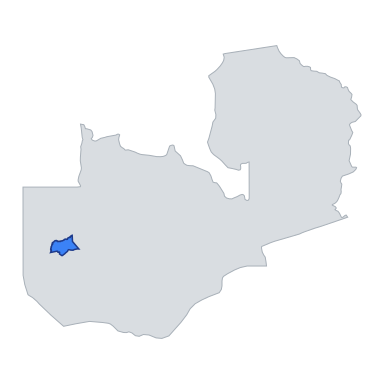 location of Limulunga, Western, Zambia
{"feature_id": "96606910B48739682467937", "entity_name": "Limulunga", "entity_type": "district", "adm_level": 2, "iso_a3": "ZMB", "parent_name": "Zambia", "parent_adm1": "Western", "projection": "mercator", "projection_center": [23.382, -14.96], "detail": "fine", "context": "in_parent", "style": "filled", "palette": "blue", "viewbox_px": 384, "rotation_deg": 0, "n_neighbors": 0, "source": "geoboundaries", "source_scale": "gbopen_adm2", "svg_char_len": 5960}
<svg xmlns="http://www.w3.org/2000/svg" viewBox="0 0 384 384"><path d="M266.5,266.0L247.2,266.0L240.2,267.6L234.5,270.0L227.6,273.7L223.6,276.3L222.5,277.8L222.0,281.0L222.0,285.9L221.3,289.5L219.2,292.7L208.8,296.7L201.9,299.9L195.2,303.7L190.2,308.7L186.7,314.8L180.9,322.4L168.9,335.9L161.9,338.4L156.1,337.9L149.0,335.0L143.4,334.5L139.2,336.3L135.4,335.7L131.9,332.9L128.9,331.8L126.5,332.6L123.5,332.5L117.9,330.9L113.1,326.1L110.5,324.1L108.5,323.3L102.7,322.5L89.5,321.4L75.7,323.8L63.6,326.3L51.3,315.5L39.4,304.1L36.9,301.3L32.5,297.5L29.3,295.6L28.0,294.7L24.8,284.6L23.1,275.3L23.0,187.1L77.0,187.1L80.4,186.7L80.6,185.8L78.1,181.1L78.2,179.4L78.9,176.2L81.2,169.9L81.4,167.8L80.3,160.9L80.4,157.1L81.0,149.3L80.7,146.7L81.9,143.2L82.3,140.8L82.9,139.8L82.2,137.2L81.2,128.0L80.5,124.1L83.8,124.7L84.8,126.6L85.4,128.7L86.9,128.8L90.8,130.0L92.1,131.7L93.0,135.4L92.4,137.3L91.2,138.8L92.4,140.2L95.0,141.1L96.5,140.8L100.8,138.3L104.8,137.4L106.9,136.7L115.8,135.1L117.5,134.2L118.8,134.2L119.7,134.9L118.9,137.5L118.6,139.8L119.7,144.2L120.5,146.3L122.4,147.8L123.7,148.5L125.2,150.1L128.3,149.8L135.2,152.1L137.2,153.1L140.1,154.2L142.1,154.6L149.2,155.3L156.6,156.6L160.5,156.7L163.2,156.4L165.1,155.7L166.3,155.0L166.8,154.4L169.6,146.1L171.0,145.4L172.9,145.0L174.0,145.7L175.2,151.0L180.5,155.8L182.4,159.8L183.7,163.2L184.9,164.1L186.9,165.3L190.2,165.7L193.1,165.8L207.5,171.7L209.1,172.7L210.9,175.9L212.0,179.4L213.1,182.2L215.0,182.7L216.7,182.9L218.3,184.8L219.6,186.5L223.9,193.4L224.5,196.2L226.5,198.0L229.4,198.8L232.0,198.9L233.5,198.1L237.2,196.6L240.1,195.0L242.2,194.4L243.4,194.8L244.4,195.9L245.0,199.4L247.0,200.5L248.5,200.1L249.1,198.7L249.2,198.0L249.1,162.0L247.8,162.3L246.1,163.3L242.3,163.4L240.8,164.2L240.4,165.3L240.7,166.8L240.7,168.8L240.2,169.8L238.5,170.2L236.1,169.4L231.7,168.4L228.0,167.7L225.4,165.0L221.8,161.0L219.5,158.9L213.8,154.7L212.9,153.8L211.2,151.9L209.7,148.5L208.3,144.6L207.5,142.1L208.9,138.3L212.2,125.9L212.9,122.1L215.7,118.2L215.9,114.6L214.8,110.2L215.1,107.7L215.4,93.5L214.7,89.0L212.8,84.1L208.8,77.2L208.8,75.7L215.0,71.3L216.9,69.6L220.2,66.0L222.4,62.9L223.7,60.4L224.2,57.2L223.2,54.1L225.3,53.5L276.8,45.6L277.5,47.7L279.1,51.2L280.9,53.7L283.1,56.0L284.9,57.4L286.2,57.8L294.1,57.6L297.0,59.0L299.4,60.8L300.1,63.5L301.7,65.1L303.5,66.5L304.2,66.6L305.5,66.3L307.6,66.3L309.6,66.9L310.5,67.5L310.6,69.7L311.2,70.7L313.9,71.1L316.7,71.3L319.3,72.8L322.1,73.1L325.4,73.7L327.0,75.4L330.5,77.1L334.8,78.6L339.5,81.1L339.6,81.9L340.4,83.3L341.2,84.4L341.3,86.0L341.7,87.4L342.9,87.8L343.9,87.9L344.8,86.8L346.1,86.8L347.5,87.5L348.0,89.2L349.1,91.4L350.8,93.0L352.0,94.4L351.6,97.1L350.8,99.6L353.2,102.0L356.3,104.3L357.1,105.4L357.4,108.8L357.8,110.0L359.9,112.8L361.0,114.7L360.9,115.8L355.3,121.5L351.8,122.4L350.3,123.5L349.4,124.8L351.6,130.4L352.8,132.5L351.8,135.2L349.6,139.8L348.6,140.2L348.4,143.7L349.1,144.9L350.2,145.9L350.6,148.3L350.5,154.1L349.1,160.7L351.7,166.5L352.5,167.2L356.0,167.2L356.6,167.7L355.8,169.4L353.3,171.9L348.9,173.9L342.4,176.1L341.1,178.2L340.3,181.2L341.0,183.0L341.8,184.1L341.5,186.7L341.0,189.5L341.2,191.8L340.9,193.7L340.0,194.7L338.9,197.6L337.5,200.6L336.4,202.0L334.8,203.4L332.3,204.6L332.3,205.2L335.2,206.6L336.0,207.5L336.2,208.2L335.0,209.7L336.4,210.6L338.0,211.3L339.5,213.3L341.3,217.1L341.6,217.4L342.1,217.5L343.1,217.1L344.8,215.6L346.1,215.0L347.7,217.2L320.8,226.4L314.5,228.3L305.1,231.6L302.0,232.8L299.5,234.0L274.5,241.3L270.6,242.7L261.8,246.4L261.5,247.0L261.6,248.7L262.3,252.2L263.9,255.3L265.2,257.1L266.0,261.8L266.5,266.0Z" fill="#d9dde1" stroke="#a8b0b8" stroke-width="1"/><path d="M50.6,252.5L56.8,251.2L57.6,251.3L57.9,252.2L58.2,252.3L59.3,252.1L59.5,252.1L59.6,252.3L59.5,254.0L60.1,254.4L61.8,255.6L62.2,255.6L62.7,255.4L63.5,254.6L64.5,254.0L65.5,253.0L65.7,252.8L67.3,251.5L67.6,251.2L68.0,250.2L68.4,249.8L68.6,249.7L69.6,249.8L70.8,250.1L73.1,250.2L74.4,249.5L74.5,249.5L75.9,249.2L77.3,248.9L78.7,249.0L78.9,249.0L72.5,241.5L72.2,235.3L71.9,235.4L71.9,235.5L71.7,235.6L71.4,235.7L71.4,235.8L71.3,236.0L71.2,236.0L70.9,236.1L70.9,236.3L70.7,236.3L70.6,236.5L70.5,236.4L70.4,236.5L70.2,236.7L70.1,236.8L70.0,237.0L69.9,237.0L69.7,237.0L69.4,237.3L69.5,237.4L69.4,237.4L69.3,237.5L69.2,237.6L68.9,237.7L68.7,237.6L68.4,237.7L68.2,237.8L68.0,238.0L67.9,238.2L67.8,238.3L67.7,238.3L67.6,238.5L67.6,238.8L67.5,239.0L67.4,239.0L67.2,239.2L67.2,239.3L66.9,239.3L66.6,239.4L66.3,239.3L66.2,239.2L65.9,239.0L65.7,239.1L65.1,239.3L64.8,239.4L64.7,239.3L64.4,239.4L64.3,239.5L64.1,239.7L64.0,239.8L64.0,240.0L63.9,240.0L63.5,240.2L63.4,240.3L62.9,240.6L62.6,240.7L62.4,240.7L62.2,240.9L61.9,241.0L61.7,241.0L61.5,240.9L61.2,240.9L61.0,241.0L60.9,241.1L60.7,241.1L60.4,241.1L60.4,241.3L60.5,241.3L60.4,241.4L60.3,241.5L60.1,241.4L60.1,241.2L59.9,241.2L59.8,241.3L59.7,241.3L59.4,241.4L59.2,241.5L59.0,241.4L58.9,241.4L58.7,241.3L58.4,241.5L58.2,241.5L57.8,241.5L57.8,241.4L57.7,241.2L57.4,241.1L57.3,240.9L57.2,240.9L56.9,240.9L56.9,240.7L57.0,240.6L57.1,240.4L57.0,240.5L56.9,240.5L56.7,240.5L56.4,240.6L56.2,240.6L55.9,240.7L55.7,240.6L55.3,240.6L55.2,240.6L55.0,240.8L54.9,240.8L54.8,241.0L54.7,241.0L54.4,241.2L54.3,241.3L54.2,241.4L54.1,241.5L53.9,241.7L53.8,241.8L53.7,241.9L53.7,242.0L53.4,242.1L53.2,242.2L53.1,242.3L52.9,242.4L52.8,242.5L52.5,242.7L52.4,242.8L52.5,243.0L52.8,243.2L52.8,243.3L52.7,243.6L52.3,243.7L52.1,243.8L52.1,244.0L52.3,244.3L52.4,244.5L52.2,244.6L52.0,244.8L51.9,244.8L51.9,245.2L51.8,245.3L51.7,245.5L51.6,245.9L51.6,246.1L51.5,246.3L51.4,246.4L51.4,246.8L51.1,247.0L51.2,247.3L51.3,247.3L51.3,247.5L51.2,247.6L51.1,247.8L50.9,248.0L50.8,248.3L51.0,248.5L50.9,248.8L51.0,249.0L51.1,249.3L50.8,249.3L50.7,249.4L50.7,249.5L51.0,249.7L51.0,249.8L51.0,250.0L50.9,250.1L50.9,250.3L51.2,250.5L51.0,250.8L51.1,251.0L51.3,251.2L51.3,251.3L51.2,251.4L51.0,251.5L50.9,251.5L50.9,251.8L50.8,252.1L50.7,252.2L50.7,252.3L50.6,252.5Z" fill="#3b82f6" stroke="#1e3a8a" stroke-width="1.5"/></svg>